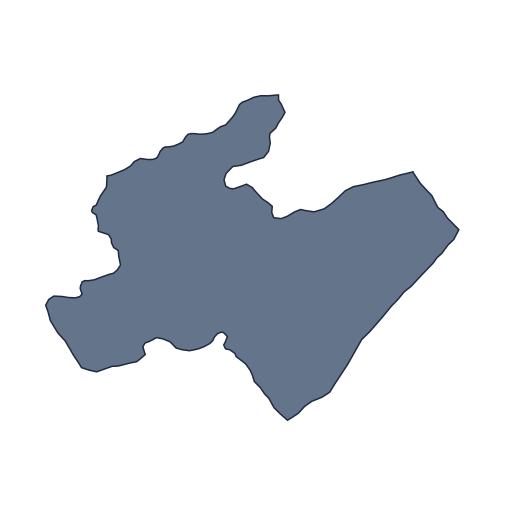 outline of Skellefteå, Västerbotten, Sweden, rotated 108°
{"feature_id": "70781695B28951573568604", "entity_name": "Skellefteå", "entity_type": "district", "adm_level": 2, "iso_a3": "SWE", "parent_name": "Sweden", "parent_adm1": "Västerbotten", "projection": "mercator", "projection_center": [20.47, 64.835], "detail": "fine", "context": "isolated", "style": "filled", "palette": "slate", "viewbox_px": 512, "rotation_deg": 108, "n_neighbors": 0, "source": "geoboundaries", "source_scale": "gbopen_adm2", "svg_char_len": 2724}
<svg xmlns="http://www.w3.org/2000/svg" viewBox="0 0 512 512"><g transform="rotate(108 256 256)"><path d="M168.3,71.2L160.7,85.8L156.0,91.5L153.6,98.1L144.2,107.5L140.4,114.6L136.2,122.1L128.0,132.4L127.4,132.7L130.6,137.7L134.5,144.2L139.5,151.1L143.4,156.7L150.5,168.9L155.0,176.0L160.0,184.9L166.3,191.2L175.5,196.2L183.2,200.7L190.0,205.7L196.0,214.3L197.4,222.4L198.0,228.0L202.2,233.0L208.4,238.4L212.6,243.4L214.1,250.9L209.9,254.4L203.7,255.9L201.6,261.0L199.8,267.5L194.8,276.4L192.1,280.6L190.6,287.1L194.5,292.1L198.9,297.8L199.8,301.6L198.9,306.4L193.3,310.0L186.8,310.0L178.1,305.8L174.3,298.1L168.9,291.3L163.0,283.5L160.0,279.1L152.6,276.4L144.3,277.3L138.6,280.0L135.1,280.6L128.2,276.7L122.6,275.8L116.7,274.0L110.4,272.8L107.2,275.8L103.6,279.1L100.9,282.6L95.9,284.4L96.5,286.1L99.8,293.7L102.1,301.0L105.9,307.4L110.4,312.0L114.0,316.6L117.1,318.5L126.4,319.8L131.3,321.3L135.7,323.2L140.6,325.3L144.2,329.9L148.2,332.9L151.7,335.4L153.6,338.2L155.7,342.2L157.6,347.3L158.7,352.7L159.8,355.9L161.2,358.2L164.4,359.7L170.1,361.0L173.3,364.1L176.9,368.3L179.0,372.4L180.4,376.2L182.1,377.8L186.3,379.5L190.1,379.8L193.5,380.8L195.8,383.5L197.3,387.4L198.2,391.4L199.0,396.2L202.2,399.3L204.1,401.1L208.9,403.0L214.4,407.6L218.2,412.0L224.1,419.0L225.9,422.5L229.8,421.3L236.6,419.5L240.8,420.7L246.7,422.5L251.2,423.1L257.1,423.7L259.2,426.1L263.7,426.4L265.2,424.9L266.3,420.7L270.2,418.4L276.1,415.1L279.4,414.5L281.2,413.6L281.2,408.3L281.2,402.9L284.8,398.8L288.0,397.6L291.9,394.0L293.4,388.7L298.4,386.6L306.4,382.1L312.1,383.6L316.5,386.3L318.9,390.1L324.0,396.7L328.7,402.6L331.4,408.0L332.3,411.2L334.3,413.3L339.1,413.6L341.5,413.0L345.9,409.7L348.9,410.9L351.6,414.8L353.4,421.3L354.5,428.2L356.6,435.9L361.4,439.7L367.8,440.8L373.4,436.5L381.0,431.6L390.6,420.4L395.7,411.3L401.1,405.2L406.7,399.0L412.7,391.4L416.1,387.4L416.1,379.3L415.4,371.7L409.4,364.0L405.3,358.6L403.2,353.0L396.8,342.9L393.3,336.7L388.3,333.5L383.9,330.9L380.6,333.3L377.1,335.6L373.0,334.6L370.1,330.9L364.3,325.3L363.6,318.8L364.2,311.0L368.2,303.7L368.0,297.5L366.7,290.2L364.3,285.7L362.0,282.0L358.5,277.6L353.5,272.9L350.0,271.0L345.6,270.4L341.9,268.7L339.4,266.0L338.8,263.3L341.5,258.3L346.8,258.6L350.6,259.2L353.7,256.3L353.3,251.7L355.3,245.7L357.8,243.8L360.1,237.0L362.0,232.2L366.5,226.2L370.3,222.7L375.9,218.8L379.8,211.3L384.6,205.1L387.3,199.9L394.7,192.0L398.8,183.8L402.2,175.9L402.5,175.3L392.9,167.4L383.9,163.2L376.9,158.0L369.8,149.5L362.7,143.8L354.7,141.9L330.6,135.3L302.8,129.7L292.9,124.5L276.3,117.4L261.7,111.7L253.2,107.5L244.7,104.2L236.7,99.0L222.5,92.4L207.9,85.3L201.8,83.4L196.1,80.1L186.2,76.8L179.1,73.0L168.3,71.2Z" fill="#64748b" stroke="#1e293b" stroke-width="1.5"/></g></svg>